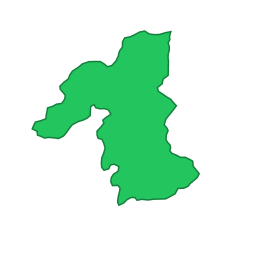 outline of Rosário da Limeira, Minas Gerais, Brazil, rotated 61°
{"feature_id": "56859067B49695156300233", "entity_name": "Rosário da Limeira", "entity_type": "district", "adm_level": 2, "iso_a3": "BRA", "parent_name": "Brazil", "parent_adm1": "Minas Gerais", "projection": "equal_earth", "projection_center": [-42.512, -20.982], "detail": "fine", "context": "isolated", "style": "filled", "palette": "green", "viewbox_px": 256, "rotation_deg": 61, "n_neighbors": 0, "source": "geoboundaries", "source_scale": "gbopen_adm2", "svg_char_len": 1942}
<svg xmlns="http://www.w3.org/2000/svg" viewBox="0 0 256 256"><g transform="rotate(61 128 128)"><path d="M47.6,87.2L50.0,91.0L54.4,93.6L56.7,98.3L60.6,101.9L63.5,106.0L65.5,111.7L64.5,116.3L60.6,117.7L56.4,120.1L53.9,124.5L51.1,129.9L49.8,136.8L50.8,141.7L51.3,149.0L53.6,153.5L56.1,156.2L56.9,161.8L58.5,167.4L61.5,168.5L65.4,167.6L69.0,167.0L72.0,169.3L74.4,174.0L72.5,179.0L72.5,183.4L71.4,188.6L74.1,190.7L76.5,192.8L80.1,195.4L79.3,200.9L77.9,206.1L79.9,209.1L82.4,212.2L86.7,209.1L90.4,210.6L93.2,208.1L96.3,205.9L97.7,202.1L100.4,198.0L103.6,193.7L103.7,188.2L102.2,184.2L100.3,180.2L98.2,175.5L98.2,168.8L99.3,163.5L99.6,159.1L98.8,155.1L95.2,152.8L91.2,150.3L91.0,146.4L94.6,146.4L97.5,143.4L99.6,139.3L102.7,136.3L107.7,136.4L108.1,142.1L108.9,146.2L112.2,146.9L114.1,151.6L115.7,156.6L119.4,158.6L122.6,159.1L125.3,156.2L129.6,156.6L134.4,157.7L138.2,161.4L141.2,165.2L145.5,168.2L149.7,170.1L153.3,169.5L154.4,164.6L151.9,161.4L152.9,157.7L157.2,154.7L161.0,157.5L161.3,162.9L163.3,166.7L166.7,169.1L170.9,169.5L173.3,164.6L176.8,164.1L179.8,166.5L182.5,169.1L185.1,171.1L187.8,173.0L191.1,173.4L191.5,168.0L190.2,163.6L190.3,158.8L192.4,155.6L195.6,155.1L197.0,150.6L200.7,145.3L202.9,139.6L205.8,134.2L208.2,129.5L208.4,124.1L208.4,118.8L205.1,113.5L207.7,108.4L208.1,103.9L206.6,100.0L205.8,95.7L205.0,91.6L202.5,87.9L198.3,88.6L193.0,89.5L188.4,87.5L185.3,89.3L181.4,92.1L179.0,96.5L175.7,98.5L171.4,101.9L168.2,102.5L165.8,100.2L162.9,99.5L159.7,100.4L156.6,100.4L152.7,97.9L149.7,94.2L146.6,94.0L142.8,94.8L138.7,90.8L136.1,84.5L134.2,79.7L132.0,74.9L127.8,76.0L123.7,76.7L119.4,79.2L114.4,81.6L110.6,83.7L106.9,82.7L105.9,76.7L102.3,73.6L101.4,67.4L98.2,65.4L95.2,63.8L91.8,61.7L88.8,60.0L85.9,58.9L82.9,57.0L79.7,54.0L76.7,52.4L73.1,51.7L71.1,48.6L67.8,47.2L64.5,43.8L62.8,49.1L61.5,55.0L59.1,59.8L56.0,63.9L51.3,66.4L49.7,71.4L49.6,78.2L49.2,82.2L47.6,87.2Z" fill="#22c55e" stroke="#15803d" stroke-width="1.5"/></g></svg>